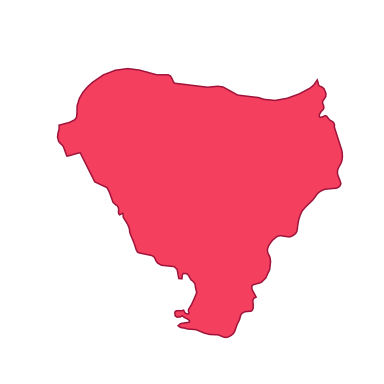 SVG path tracing the border of Kangwŏn-do, rotated 192°
{"feature_id": "PRK-3308", "entity_name": "Kangwŏn-do", "entity_type": "Province", "adm_level": 1, "iso_a3": "PRK", "parent_name": "North Korea", "parent_adm1": "", "projection": "mercator", "projection_center": [127.289, 38.794], "detail": "fine", "context": "isolated", "style": "filled", "palette": "rose", "viewbox_px": 384, "rotation_deg": 192, "n_neighbors": 0, "source": "natural_earth", "source_scale": "10m", "svg_char_len": 3095}
<svg xmlns="http://www.w3.org/2000/svg" viewBox="0 0 384 384"><g transform="rotate(192 192 192)"><path d="M335.9,229.7L326.2,234.7L321.6,238.4L320.5,241.2L320.9,245.0L322.3,252.5L321.6,260.2L319.4,266.9L316.1,273.0L312.1,278.6L303.0,288.2L292.2,295.2L280.4,299.4L268.8,300.3L250.9,299.3L239.7,301.7L237.3,301.1L235.2,298.9L233.0,295.8L231.6,294.8L198.7,297.7L188.7,300.8L183.6,301.2L167.4,296.3L146.4,298.2L140.9,297.6L129.9,298.8L118.5,303.4L107.6,310.2L98.3,318.0L97.3,319.2L95.2,321.9L92.8,327.7L91.3,325.0L90.9,324.0L90.3,323.0L89.7,322.2L86.9,321.8L85.4,321.1L84.3,320.4L81.5,316.4L81.0,313.4L81.8,310.9L82.8,308.6L83.0,307.2L82.7,306.0L81.4,304.1L81.0,303.3L80.5,301.7L80.7,300.5L81.4,299.0L82.4,297.5L83.5,294.3L83.3,292.8L82.7,291.8L81.6,291.9L80.7,292.2L79.8,292.7L78.0,294.2L77.1,294.4L75.7,294.0L73.7,292.1L72.2,291.1L70.7,290.5L69.4,290.1L68.3,289.6L67.1,288.3L66.5,287.1L66.4,285.6L65.7,284.1L54.3,264.2L53.1,261.4L52.1,257.2L51.9,253.9L52.0,252.8L52.4,250.6L53.1,248.3L53.5,247.2L53.8,245.8L54.1,244.2L53.9,241.6L53.4,240.0L52.7,238.6L49.1,233.1L48.1,231.1L48.1,230.8L48.5,229.0L49.0,228.0L49.9,226.9L50.9,226.2L52.0,225.6L62.1,222.5L64.3,221.2L66.4,219.5L67.4,218.5L69.0,216.3L72.1,209.5L77.9,200.8L80.4,196.2L80.8,194.5L81.3,192.1L81.8,187.8L81.7,182.0L81.3,177.9L81.3,175.7L81.6,173.9L82.2,172.8L82.9,171.8L83.9,170.7L84.9,169.8L86.0,169.0L87.0,168.5L88.0,168.2L96.1,167.7L97.2,167.4L98.2,166.9L99.3,166.3L100.2,165.4L103.1,161.7L104.5,158.9L105.7,155.8L106.1,153.9L106.3,152.4L106.2,151.3L106.0,150.3L105.6,149.2L104.9,147.7L104.6,147.4L103.6,146.3L101.9,143.8L100.7,140.3L99.9,132.3L102.0,123.1L105.4,118.1L106.7,117.2L112.5,114.2L113.4,113.3L113.9,112.2L113.4,110.3L112.8,108.9L107.4,102.5L109.5,100.8L109.8,99.3L109.8,97.9L108.6,94.2L108.0,90.7L108.5,88.9L109.4,87.7L114.4,86.2L115.9,85.5L117.7,83.9L118.5,82.5L118.8,81.0L118.9,78.1L119.1,76.6L120.3,71.9L121.2,64.9L121.7,63.1L122.6,61.4L123.7,60.1L125.3,58.6L126.7,57.6L128.0,57.0L129.2,56.7L130.4,56.6L136.6,57.7L145.3,56.3L150.9,56.6L159.4,58.2L167.6,57.1L171.8,57.3L173.2,57.1L174.3,57.1L175.5,57.2L177.8,58.3L176.6,60.0L175.6,61.0L167.6,64.1L167.6,65.7L169.6,66.7L173.7,67.8L175.6,68.9L177.7,67.3L180.5,66.5L182.8,67.4L183.8,71.0L182.7,72.6L177.3,73.8L175.6,74.7L174.7,73.4L173.8,72.5L172.7,71.9L171.5,71.7L169.9,72.2L170.0,73.4L170.8,74.9L171.0,76.2L169.0,82.1L167.6,88.3L166.5,94.6L168.4,98.6L170.2,103.1L172.7,105.0L174.7,105.9L178.3,109.9L180.2,111.0L183.6,110.5L184.3,108.5L183.9,106.3L183.8,105.0L186.9,104.6L190.4,113.1L193.8,115.3L206.6,114.0L210.8,115.3L212.8,117.0L214.2,119.0L215.9,120.8L218.3,121.5L230.0,121.4L232.6,121.7L234.3,123.5L238.3,130.4L243.6,138.0L244.7,140.2L245.8,143.4L248.3,147.1L254.1,153.1L254.7,155.9L255.4,156.8L257.0,155.4L258.1,154.6L259.0,155.3L259.7,156.7L260.2,160.1L261.1,161.8L262.4,163.1L264.0,163.6L267.1,165.5L272.9,174.8L276.1,178.6L289.2,181.7L309.5,207.1L312.0,206.1L319.8,201.9L321.9,201.1L327.1,209.4L328.4,210.7L331.3,212.4L333.0,213.9L335.0,217.8L335.0,218.5L335.3,221.7L335.1,225.7L335.8,229.6L335.9,229.7Z" fill="#f43f5e" stroke="#9f1239" stroke-width="1.5"/></g></svg>